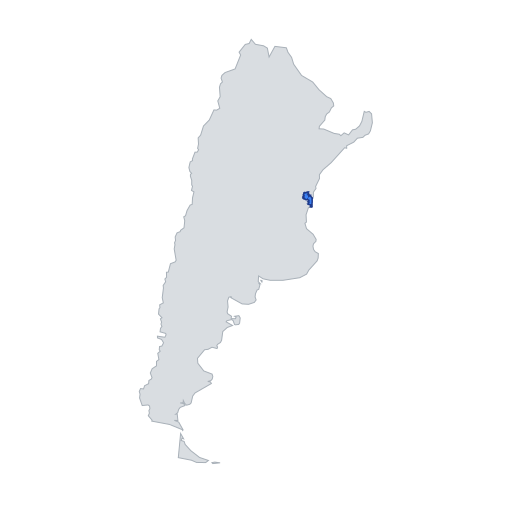 location of Uruguay, Entre Ríos, Argentina, rotated 9°
{"feature_id": "61730980B11587085710178", "entity_name": "Uruguay", "entity_type": "district", "adm_level": 2, "iso_a3": "ARG", "parent_name": "Argentina", "parent_adm1": "Entre Ríos", "projection": "equal_earth", "projection_center": [-58.63, -32.497], "detail": "fine", "context": "in_parent", "style": "filled", "palette": "blue", "viewbox_px": 512, "rotation_deg": 9, "n_neighbors": 0, "source": "geoboundaries", "source_scale": "gbopen_adm2", "svg_char_len": 6321}
<svg xmlns="http://www.w3.org/2000/svg" viewBox="0 0 512 512"><g transform="rotate(9 256 256)"><path d="M308.7,160.3L305.9,165.8L306.6,169.5L304.0,178.1L304.7,179.9L302.7,184.0L303.4,188.4L302.3,192.7L302.8,198.0L302.0,199.6L300.2,200.0L299.0,207.5L300.5,214.6L299.2,216.0L301.6,221.1L309.0,225.6L312.8,230.2L312.9,232.1L310.9,234.9L310.7,237.3L311.8,240.5L313.7,242.5L317.2,243.8L317.7,248.3L317.1,251.3L310.4,261.6L308.8,266.0L302.6,270.6L286.4,275.8L273.8,277.8L266.5,277.4L261.7,275.3L262.2,281.0L264.6,282.7L263.4,282.8L264.4,283.8L263.9,288.5L262.4,289.4L261.4,293.3L261.5,296.6L263.0,299.4L261.6,302.1L256.2,304.9L249.8,305.5L237.7,301.1L238.2,300.4L237.5,300.1L235.6,301.0L234.9,304.8L236.4,310.7L236.2,315.8L237.0,317.4L241.3,319.4L241.1,321.4L242.5,321.6L245.6,321.1L245.9,319.5L244.3,318.9L248.4,317.6L250.1,319.7L250.3,324.9L249.6,326.3L246.4,327.2L245.5,327.0L243.5,323.4L241.9,322.6L237.3,324.5L236.8,325.7L243.7,328.3L238.8,331.1L235.0,335.8L235.2,344.6L234.4,347.0L231.8,349.3L231.3,350.9L232.3,351.9L232.0,353.5L226.8,353.0L223.2,355.7L219.9,356.6L214.2,366.2L215.3,371.0L222.4,377.7L231.1,379.5L232.2,381.8L232.0,384.4L231.0,386.0L228.0,387.5L230.7,387.5L231.9,388.9L217.2,400.8L215.4,404.2L214.9,411.3L213.8,412.8L210.8,414.2L208.6,412.7L206.8,410.1L207.0,412.2L204.1,413.0L207.6,413.1L209.3,414.8L204.8,417.4L203.6,419.7L203.2,422.9L201.5,424.8L202.9,424.4L204.6,430.7L201.0,431.1L205.6,432.1L211.2,439.2L210.8,439.8L210.5,439.1L196.9,435.9L178.9,435.4L179.0,434.4L174.6,430.6L175.3,427.9L174.4,425.5L175.1,423.4L174.3,420.8L172.7,420.0L167.0,421.5L163.2,414.4L163.1,410.6L161.9,408.1L162.7,405.0L165.7,404.9L166.3,401.5L169.9,398.9L169.7,395.7L171.9,393.9L172.3,392.3L169.9,388.1L171.1,383.5L174.9,380.1L174.2,375.6L176.3,373.5L174.2,367.5L176.3,365.0L175.1,363.7L174.9,360.5L177.1,359.7L178.3,356.2L175.8,353.2L171.5,352.3L171.2,350.6L178.7,350.5L179.5,348.0L178.9,346.6L173.1,345.9L173.0,342.4L174.1,340.3L172.8,338.1L173.1,336.1L171.4,333.0L172.8,331.7L168.8,328.6L168.5,323.4L169.2,322.1L168.5,319.3L171.8,316.8L169.9,311.8L169.6,302.1L168.9,299.6L170.8,295.6L169.6,293.0L171.0,291.0L170.1,286.1L171.9,285.6L172.7,277.0L177.0,274.5L177.8,272.7L174.1,261.8L174.2,257.6L173.5,255.7L174.1,253.3L173.2,249.8L174.4,245.5L177.3,243.8L177.5,242.4L180.5,239.4L180.1,232.3L178.5,228.6L180.1,227.3L180.8,221.8L183.0,216.0L184.9,215.0L184.2,208.4L184.7,202.4L182.0,201.3L182.4,197.0L181.4,195.9L180.7,191.4L178.7,187.4L178.5,185.6L179.5,184.4L177.5,182.9L175.9,179.2L176.1,175.7L176.3,173.4L178.4,171.7L178.0,170.1L179.5,163.0L181.7,162.6L182.7,160.1L181.5,158.8L181.7,154.5L180.4,148.4L182.4,145.3L183.8,135.8L188.6,129.0L191.6,118.3L194.3,118.1L197.1,115.8L194.0,108.8L195.7,104.3L193.5,95.0L194.0,91.5L195.6,89.4L193.7,85.8L194.1,82.9L196.8,79.6L206.1,74.5L209.4,59.9L207.4,57.3L212.3,48.7L216.0,47.2L217.4,42.8L222.3,47.0L230.6,47.2L234.7,48.9L237.8,57.4L241.9,46.0L253.4,45.6L255.7,49.8L260.1,54.3L263.2,60.7L272.8,70.6L284.8,75.3L292.3,82.0L300.9,87.6L305.2,88.8L308.5,92.8L309.3,95.6L307.3,97.9L305.9,102.3L303.6,104.7L302.6,107.5L302.7,111.0L298.3,118.0L298.4,120.5L303.0,120.0L314.0,122.7L319.3,122.7L321.0,123.9L323.8,120.6L328.5,121.9L331.6,116.3L334.6,115.2L337.9,111.3L339.5,106.5L340.3,96.2L342.1,96.9L345.1,95.5L347.9,97.5L350.1,106.2L349.4,114.5L348.1,117.8L344.8,119.7L343.0,122.1L337.7,123.8L334.8,128.2L328.3,132.9L328.7,135.4L326.6,135.2L315.6,152.1L308.7,160.3ZM210.8,467.3L209.3,443.1L213.1,447.9L211.4,447.6L211.0,449.9L214.0,450.4L215.5,453.2L222.1,458.5L231.7,463.8L241.0,465.4L238.6,467.9L229.6,469.2L224.2,467.8L210.8,467.3ZM244.8,467.0L247.5,466.0L252.9,465.9L245.8,467.8L244.8,467.0ZM266.0,279.6L265.9,280.8L264.2,279.0L266.0,279.6Z" fill="#d9dde1" stroke="#a8b0b8" stroke-width="1"/><path d="M302.7,190.2L302.6,189.9L302.4,189.8L302.3,190.0L302.3,189.9L302.2,189.9L302.2,189.7L301.9,189.6L301.7,189.5L301.6,189.4L301.5,189.2L301.4,189.1L301.3,188.9L301.1,188.7L300.9,188.5L300.7,188.5L300.6,188.4L300.3,188.4L300.4,188.2L300.3,187.8L300.4,187.5L300.1,187.5L299.9,187.6L299.7,187.5L299.3,187.6L299.2,187.6L299.0,187.8L299.1,188.0L298.9,188.3L298.9,188.2L298.8,187.9L298.7,187.8L298.7,187.7L298.4,187.7L298.2,187.6L298.0,187.4L298.0,187.2L297.9,187.2L298.0,187.1L297.9,186.9L298.0,186.8L297.9,186.7L297.9,186.4L297.9,186.2L297.7,186.0L297.8,186.0L297.7,185.9L297.8,185.9L297.7,185.8L297.6,185.6L297.5,185.4L297.5,185.1L297.4,185.0L297.5,185.0L297.4,185.0L297.5,184.9L297.4,184.9L297.5,184.8L297.4,184.8L297.5,184.8L297.4,184.8L297.4,184.7L297.2,184.8L297.1,184.7L296.7,185.2L296.1,185.2L295.8,185.4L295.7,185.6L295.4,185.7L295.4,185.8L295.2,185.9L294.7,185.7L294.7,185.8L294.3,186.1L293.7,185.9L293.6,186.0L293.4,186.1L293.4,186.3L293.5,186.3L293.6,186.5L293.4,186.7L293.4,186.8L293.5,187.0L293.5,187.3L293.5,187.5L293.4,187.5L293.3,187.8L293.3,188.0L293.2,188.1L293.3,188.2L293.2,188.2L293.3,188.2L293.3,188.4L293.5,188.4L293.5,188.5L293.6,188.8L293.5,189.0L293.6,188.9L293.5,189.0L293.5,189.3L293.4,189.5L293.5,189.5L293.4,189.6L293.5,189.7L293.4,189.7L293.4,189.8L293.5,189.8L293.5,190.1L293.4,190.1L293.5,190.1L293.4,190.3L293.5,190.4L293.3,190.5L293.5,190.8L293.4,190.8L293.3,191.1L293.2,191.2L293.3,191.3L293.3,191.2L293.4,191.3L293.4,191.5L293.5,191.5L293.9,191.6L294.1,191.7L294.7,192.1L295.0,191.7L295.2,191.8L295.2,191.7L295.3,191.9L295.5,192.0L295.8,192.2L295.8,192.3L296.0,192.4L296.1,192.5L296.3,192.5L296.5,192.5L296.8,192.6L297.0,192.5L297.3,192.4L297.5,192.3L297.6,192.2L297.8,192.2L298.0,191.9L298.1,192.0L298.3,192.1L298.4,192.3L298.4,192.2L298.5,192.3L298.6,192.5L298.8,192.6L299.0,192.5L299.3,192.6L299.2,192.7L299.3,192.9L299.3,193.0L299.2,193.2L299.2,193.3L299.2,193.5L299.2,193.8L299.3,193.8L299.2,193.9L299.3,193.9L299.2,194.0L299.3,194.1L299.4,194.3L299.3,194.5L299.4,194.8L299.5,195.1L299.4,195.2L299.4,195.3L299.5,195.3L299.4,195.4L299.5,195.4L299.5,195.5L299.5,195.9L299.6,196.0L299.5,196.3L299.6,196.6L299.5,196.8L301.9,196.9L301.9,198.9L303.0,198.9L303.4,199.0L303.6,198.8L303.7,198.6L303.6,198.2L303.6,197.9L303.5,197.7L303.4,197.5L303.4,197.3L303.4,197.0L303.3,196.7L303.3,196.3L303.3,196.1L303.2,195.7L303.1,195.3L303.1,195.2L303.0,194.9L303.1,194.1L303.0,193.8L303.0,193.6L302.9,193.1L302.9,192.7L302.7,192.2L302.6,191.7L302.5,191.3L302.6,190.9L302.6,190.6L302.7,190.3L302.7,190.2Z" fill="#3b82f6" stroke="#1e3a8a" stroke-width="1.5"/></g></svg>